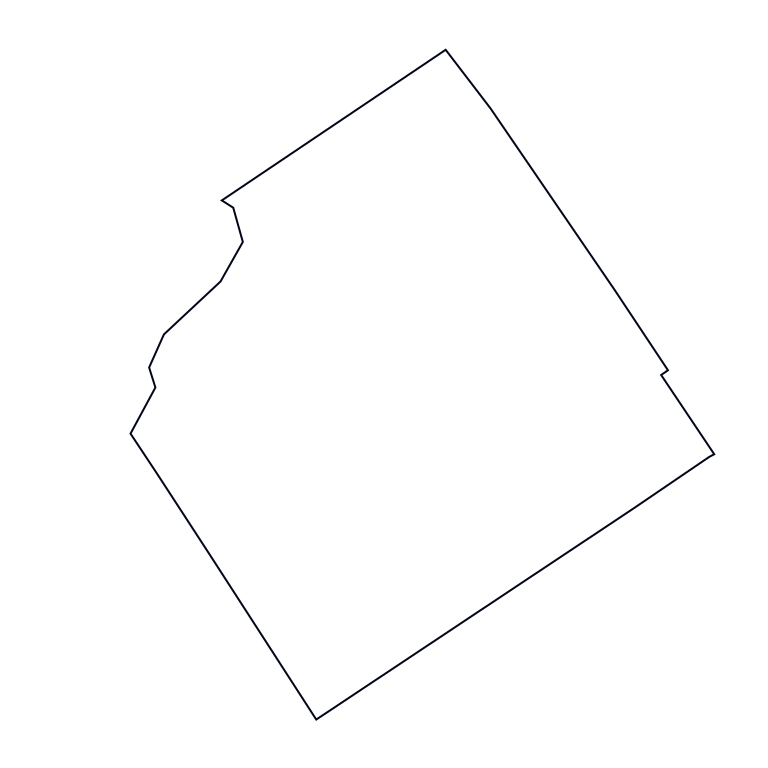 outline of Henry, Illinois, United States of America, rotated 326°
{"feature_id": "52423323B92749685082725", "entity_name": "Henry", "entity_type": "district", "adm_level": 2, "iso_a3": "USA", "parent_name": "United States of America", "parent_adm1": "Illinois", "projection": "orthographic", "projection_center": [-90.154, 41.367], "detail": "fine", "context": "isolated", "style": "outline", "palette": "ink", "viewbox_px": 768, "rotation_deg": 326, "n_neighbors": 0, "source": "geoboundaries", "source_scale": "gbopen_adm2", "svg_char_len": 406}
<svg xmlns="http://www.w3.org/2000/svg" viewBox="0 0 768 768"><g transform="rotate(326 384 384)"><path d="M144.1,428.3L140.2,624.3L520.9,626.7L612.9,626.3L618.5,626.9L618.8,531.5L627.1,531.4L627.8,434.9L626.4,214.9L622.0,141.4L352.2,141.1L357.6,153.6L346.4,187.3L305.8,207.6L229.3,219.8L198.5,239.0L192.5,259.1L146.1,283.4L145.7,331.0L144.1,428.3Z" fill="none" stroke="#020617" stroke-width="2"/></g></svg>